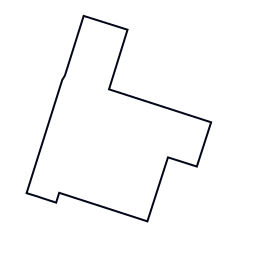 Montgomery, Illinois, United States of America, rotated 18°
{"feature_id": "52423323B61876553243791", "entity_name": "Montgomery", "entity_type": "district", "adm_level": 2, "iso_a3": "USA", "parent_name": "United States of America", "parent_adm1": "Illinois", "projection": "albers", "projection_center": [-89.521, 39.262], "detail": "fine", "context": "isolated", "style": "outline", "palette": "ink", "viewbox_px": 256, "rotation_deg": 18, "n_neighbors": 0, "source": "geoboundaries", "source_scale": "gbopen_adm2", "svg_char_len": 329}
<svg xmlns="http://www.w3.org/2000/svg" viewBox="0 0 256 256"><g transform="rotate(18 128 128)"><path d="M51.7,221.3L64.3,221.1L68.0,221.2L82.7,221.2L82.6,210.9L175.3,210.8L175.1,143.6L205.4,143.4L205.3,96.9L98.0,97.1L97.2,34.7L51.2,35.1L51.8,97.4L50.6,102.7L51.7,221.3Z" fill="none" stroke="#020617" stroke-width="2"/></g></svg>